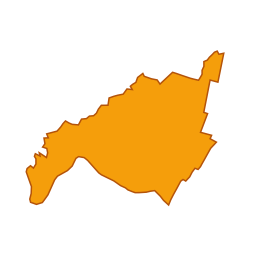 the district of Cruzeiro do Sul, Rio Grande do Sul, Brazil, rotated 103°
{"feature_id": "56859067B99028252203396", "entity_name": "Cruzeiro do Sul", "entity_type": "district", "adm_level": 2, "iso_a3": "BRA", "parent_name": "Brazil", "parent_adm1": "Rio Grande do Sul", "projection": "mercator", "projection_center": [-52.031, -29.551], "detail": "fine", "context": "isolated", "style": "filled", "palette": "amber", "viewbox_px": 256, "rotation_deg": 103, "n_neighbors": 0, "source": "geoboundaries", "source_scale": "gbopen_adm2", "svg_char_len": 1553}
<svg xmlns="http://www.w3.org/2000/svg" viewBox="0 0 256 256"><g transform="rotate(103 128 128)"><path d="M211.2,191.0L195.0,187.8L190.8,185.9L183.1,177.4L177.6,173.8L174.0,173.0L169.3,171.9L167.0,169.7L166.7,164.0L168.6,160.1L178.3,146.4L179.6,143.3L182.7,130.0L185.8,122.3L186.9,117.0L188.3,114.2L189.0,109.9L189.4,106.5L188.5,102.7L186.4,95.7L184.5,91.8L183.0,87.9L187.1,81.3L190.5,77.1L193.9,71.1L188.3,70.2L182.4,68.7L175.4,66.7L168.0,64.7L165.8,62.8L166.7,59.8L161.7,56.9L156.6,55.6L152.2,53.7L152.6,50.4L149.4,48.7L146.4,47.9L141.7,46.5L135.4,44.7L129.2,42.9L121.9,38.7L120.0,45.6L116.3,44.9L115.9,56.4L96.1,53.7L95.7,57.7L62.8,58.8L63.1,50.7L33.6,51.5L35.7,56.0L33.0,58.4L34.7,60.8L37.3,62.3L40.8,64.6L44.0,66.0L46.2,69.0L50.9,67.9L55.1,68.8L59.0,67.9L62.1,68.8L65.6,70.0L65.6,74.5L65.5,78.5L64.7,86.8L64.0,93.1L63.7,97.1L78.0,106.7L74.6,110.4L74.8,116.2L74.0,123.8L71.5,125.8L76.6,130.0L81.8,130.6L84.5,133.4L86.8,135.1L89.6,132.5L90.2,137.8L96.1,140.3L98.4,145.4L100.4,149.1L103.0,153.2L110.3,152.6L111.9,159.1L116.3,161.1L120.7,162.1L123.8,164.3L125.1,168.3L128.2,170.6L129.8,175.3L136.1,177.0L137.0,183.2L136.4,186.6L135.2,190.5L138.4,192.3L142.0,193.7L147.0,196.4L152.0,205.9L155.5,203.5L156.7,207.6L162.0,205.4L165.8,206.9L166.2,202.5L170.3,200.7L175.1,200.8L172.1,208.9L175.1,207.4L173.9,212.5L176.7,212.8L178.7,210.8L183.8,209.6L188.3,211.1L186.7,214.5L190.2,217.2L193.6,217.3L206.8,208.9L213.6,207.6L219.4,207.7L222.3,206.2L223.0,200.0L219.9,194.7L216.5,193.2L211.2,191.0Z" fill="#f59e0b" stroke="#b45309" stroke-width="1.5"/></g></svg>